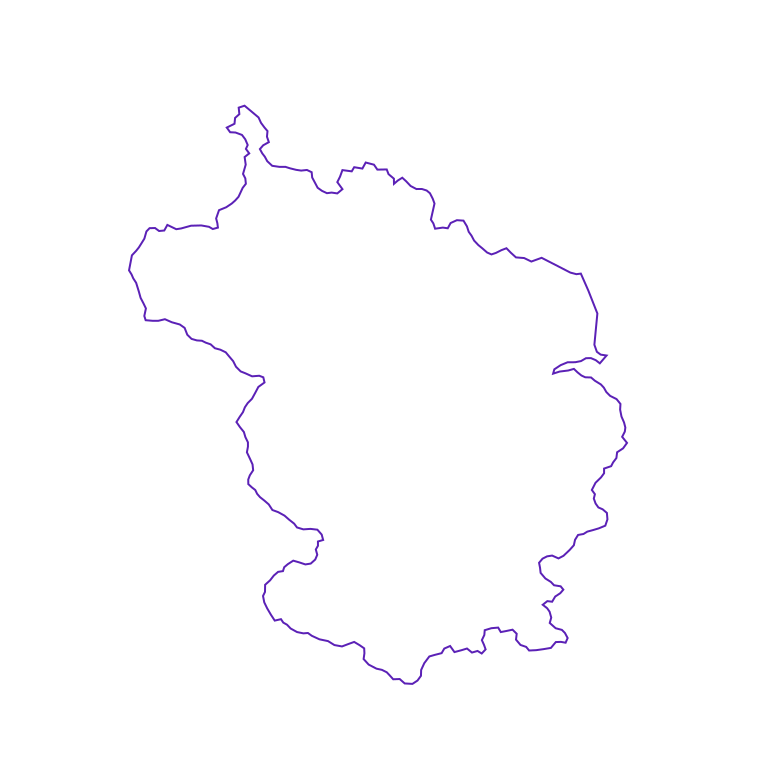 outline of Rio Claro, Rio de Janeiro, Brazil, rotated 79°
{"feature_id": "56859067B7677300051124", "entity_name": "Rio Claro", "entity_type": "district", "adm_level": 2, "iso_a3": "BRA", "parent_name": "Brazil", "parent_adm1": "Rio de Janeiro", "projection": "robinson", "projection_center": [-44.08, -22.786], "detail": "fine", "context": "isolated", "style": "outline", "palette": "violet", "viewbox_px": 768, "rotation_deg": 79, "n_neighbors": 0, "source": "geoboundaries", "source_scale": "gbopen_adm2", "svg_char_len": 4564}
<svg xmlns="http://www.w3.org/2000/svg" viewBox="0 0 768 768"><g transform="rotate(79 384 384)"><path d="M253.0,606.5L258.7,604.8L264.4,603.3L271.5,606.3L275.9,605.8L277.8,599.1L278.9,593.6L278.6,586.7L282.9,580.5L286.6,573.1L290.9,569.0L298.1,567.7L303.0,564.3L305.5,559.4L306.8,554.5L309.4,551.1L312.0,546.6L316.6,543.2L319.1,538.1L322.7,533.3L327.1,530.9L332.8,527.7L338.8,526.0L344.3,522.3L347.0,518.1L351.3,512.0L352.1,504.9L354.4,501.2L359.7,501.0L362.9,507.9L368.0,512.0L373.3,516.4L376.7,521.4L380.3,525.0L384.7,527.8L388.7,531.9L393.2,536.1L398.9,533.6L404.4,530.7L409.7,530.2L415.3,528.7L419.5,529.5L424.9,531.6L432.3,529.7L437.9,528.4L443.7,528.9L448.0,533.1L451.9,535.5L456.4,536.3L460.3,533.4L463.5,530.6L467.6,529.5L471.4,527.3L475.6,523.7L480.2,520.1L486.4,517.6L489.6,512.3L494.2,506.8L499.1,503.0L504.0,498.8L508.2,496.8L511.3,490.9L512.2,483.8L514.3,477.2L519.9,473.9L525.5,473.5L526.0,478.9L530.2,479.7L533.4,482.5L538.9,482.1L543.2,485.0L546.3,490.2L546.1,495.6L542.9,501.3L540.1,506.8L542.5,512.8L544.8,516.9L548.4,518.9L548.2,523.8L551.0,528.7L555.0,533.3L558.4,539.0L565.4,540.5L569.0,543.2L575.5,543.2L581.9,541.5L589.0,539.0L595.4,536.4L595.2,530.0L599.0,528.4L601.8,525.1L606.2,522.3L610.9,516.7L613.4,510.7L613.9,506.2L617.4,502.9L622.3,496.1L625.7,488.0L630.8,482.5L633.6,475.3L632.5,468.9L631.5,462.5L635.7,457.8L639.7,453.9L644.6,454.6L650.1,456.5L656.5,452.6L662.0,445.7L664.2,440.6L667.5,436.3L671.1,434.0L675.6,431.3L676.6,424.9L681.9,420.8L683.8,413.3L681.5,407.7L677.5,403.4L671.8,402.1L665.7,397.7L660.1,391.5L659.6,385.9L659.2,378.8L655.2,375.3L653.8,369.1L660.6,366.0L660.1,358.7L659.5,353.0L664.4,348.9L663.9,343.1L667.2,339.5L663.9,334.9L659.2,335.6L654.1,336.8L649.5,333.4L644.9,332.1L644.2,325.2L644.9,318.4L649.8,316.7L649.8,311.1L649.7,304.7L654.5,301.4L660.1,303.2L666.2,299.8L669.2,294.6L673.3,292.4L674.3,285.5L674.7,278.2L674.9,270.5L670.1,264.6L670.9,259.5L672.6,255.1L668.4,252.2L662.9,253.9L659.3,256.3L656.5,262.1L650.2,266.9L645.2,264.4L639.1,264.9L635.3,266.6L631.0,270.3L628.3,265.1L629.8,260.5L625.3,256.5L623.0,250.9L620.1,247.2L616.3,249.2L614.0,255.5L610.1,258.0L605.7,262.7L599.3,266.3L594.2,265.9L589.1,265.9L585.7,261.7L584.3,256.8L584.5,251.7L588.5,246.0L586.9,240.6L582.3,233.4L578.5,228.4L573.4,226.2L569.2,222.3L569.3,216.8L567.7,212.6L567.3,207.0L566.7,200.8L565.3,193.8L559.5,190.5L553.1,189.8L548.7,193.3L546.1,197.1L541.7,199.1L536.5,199.9L532.4,198.0L527.7,200.2L521.3,195.2L517.1,188.8L513.6,185.0L509.0,184.1L508.0,176.7L504.7,174.1L501.0,170.0L495.5,168.2L492.8,161.6L488.2,156.7L481.3,160.3L476.7,156.7L472.8,155.4L467.6,155.7L461.2,157.1L454.2,157.1L448.7,155.7L443.2,158.6L438.8,164.3L434.3,167.3L429.5,168.9L425.8,171.2L421.0,176.4L417.1,179.5L415.8,185.2L413.3,188.6L409.5,191.8L405.4,194.7L405.9,200.6L405.3,209.2L406.1,216.0L402.1,214.0L399.2,207.0L397.7,199.6L399.1,192.2L399.1,186.3L397.2,180.8L398.1,175.9L401.0,171.6L404.9,168.2L398.5,160.1L396.5,165.7L393.0,168.9L385.6,170.0L355.5,161.1L331.3,165.6L313.2,169.7L312.9,174.2L310.2,179.8L290.2,205.2L291.9,216.0L287.1,222.4L284.9,230.3L279.4,234.4L274.1,237.9L275.0,243.1L276.7,249.2L277.3,253.8L274.6,257.7L269.7,261.5L265.6,264.9L260.4,268.2L255.1,269.8L250.8,271.8L245.1,272.5L238.8,274.8L237.1,281.2L238.7,287.9L243.3,291.7L241.7,296.4L241.3,304.2L235.8,304.9L231.6,306.6L216.5,300.0L211.4,300.8L205.5,302.5L202.2,305.2L199.8,309.6L198.8,315.0L194.7,320.1L189.2,323.6L185.0,326.7L186.9,331.6L189.4,336.0L184.3,335.1L178.9,339.5L173.9,340.4L172.3,349.6L166.8,352.0L163.1,359.7L168.4,364.1L165.5,371.9L169.1,375.1L166.1,384.0L172.1,387.6L176.9,391.3L184.8,387.6L188.0,393.5L186.1,398.9L185.8,403.6L182.6,408.0L178.7,411.7L173.1,413.4L167.6,415.1L162.3,414.6L159.2,418.8L158.7,424.6L157.0,429.4L154.3,435.2L152.0,439.4L150.9,445.2L148.5,452.1L143.0,456.1L138.2,457.6L134.4,459.5L129.7,461.0L126.6,457.0L124.6,450.9L118.9,451.7L113.5,450.1L109.4,452.4L104.2,454.9L98.4,456.3L84.2,467.8L85.0,473.9L91.5,474.5L94.4,479.4L100.0,481.1L102.3,489.4L107.5,487.0L108.8,481.8L112.4,475.9L117.3,473.5L123.4,472.2L126.9,474.7L131.9,472.3L134.6,477.5L142.3,477.9L150.9,482.3L155.7,480.9L161.1,481.4L164.5,485.3L172.5,491.1L175.5,495.1L177.8,499.0L180.4,505.2L181.9,512.8L189.5,517.2L194.4,516.9L198.8,517.2L199.2,522.5L196.3,525.8L193.5,533.1L191.8,543.2L192.6,553.5L192.4,558.4L186.5,566.3L191.4,570.4L190.9,575.6L187.2,579.0L186.3,584.4L188.9,588.1L195.6,591.5L199.9,595.5L203.2,598.6L206.0,601.9L209.6,606.9L223.8,612.6L228.3,610.9L232.4,610.0L237.4,608.0L246.6,607.0L253.0,606.5Z" fill="none" stroke="#5b21b6" stroke-width="2"/></g></svg>